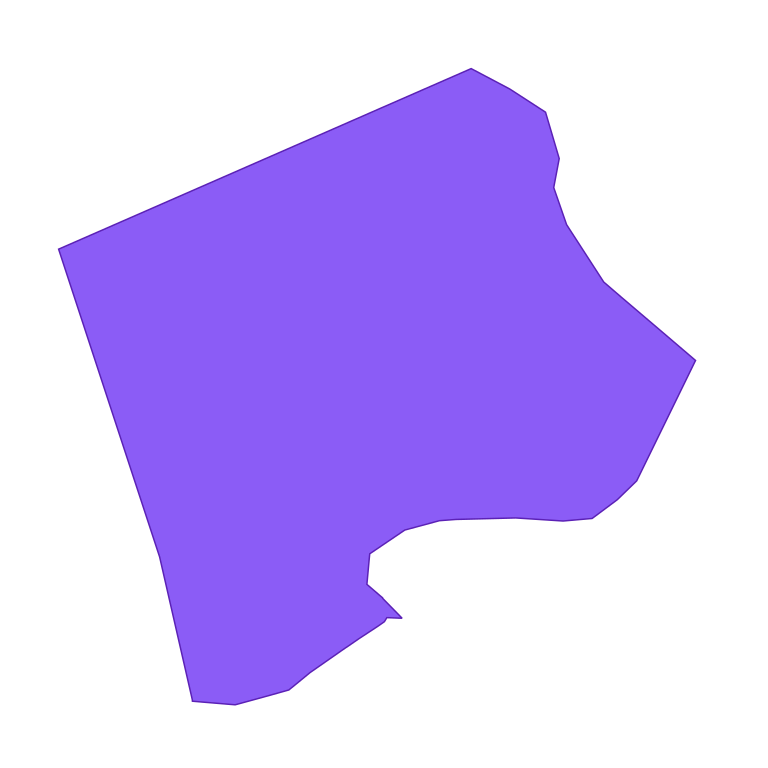 outline of Gereida, Southern Darfur, Sudan, rotated 85°
{"feature_id": "16777658B8719376045507", "entity_name": "Gereida", "entity_type": "district", "adm_level": 2, "iso_a3": "SDN", "parent_name": "Sudan", "parent_adm1": "Southern Darfur", "projection": "equal_earth", "projection_center": [25.542, 11.151], "detail": "fine", "context": "isolated", "style": "filled", "palette": "violet", "viewbox_px": 768, "rotation_deg": 85, "n_neighbors": 0, "source": "geoboundaries", "source_scale": "gbopen_adm2", "svg_char_len": 876}
<svg xmlns="http://www.w3.org/2000/svg" viewBox="0 0 768 768"><g transform="rotate(85 384 384)"><path d="M617.8,395.2L618.9,386.6L619.1,386.3L618.2,387.0L617.4,387.6L600.0,401.9L597.4,404.0L596.9,404.0L594.7,406.2L594.2,406.7L582.1,418.5L557.2,414.0L551.9,413.0L531.3,376.0L525.0,340.7L525.2,324.0L528.9,264.5L536.1,217.5L536.1,188.4L519.6,161.7L502.5,140.7L387.7,71.6L352.7,106.0L317.7,140.5L301.6,156.2L241.2,188.2L203.1,197.8L174.7,189.8L127.3,199.4L101.1,233.0L77.4,269.7L108.9,363.1L118.8,392.4L221.3,696.4L536.7,622.6L681.7,602.5L683.3,602.5L684.4,596.2L684.9,593.4L689.8,564.9L690.6,560.2L689.8,555.7L685.8,533.7L682.2,514.4L680.5,505.4L679.5,504.0L675.8,498.5L665.1,482.9L646.0,449.7L643.1,444.6L643.0,444.3L635.5,431.1L624.9,411.4L623.3,408.6L621.1,404.8L620.8,404.3L617.0,401.5L617.5,397.4L617.8,395.2Z" fill="#8b5cf6" stroke="#5b21b6" stroke-width="1.5"/></g></svg>